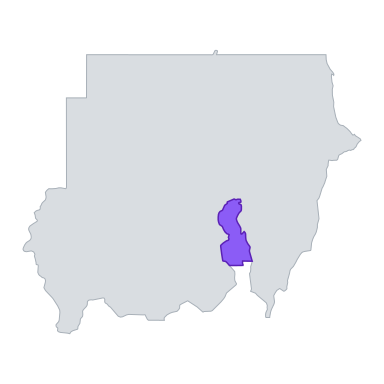 location of White Nile within Sudan
{"feature_id": "SDN-879", "entity_name": "White Nile", "entity_type": "State", "adm_level": 1, "iso_a3": "SDN", "parent_name": "Sudan", "parent_adm1": "", "projection": "mercator", "projection_center": [32.247, 13.605], "detail": "fine", "context": "in_parent", "style": "filled", "palette": "violet", "viewbox_px": 384, "rotation_deg": 0, "n_neighbors": 0, "source": "natural_earth", "source_scale": "10m", "svg_char_len": 5549}
<svg xmlns="http://www.w3.org/2000/svg" viewBox="0 0 384 384"><path d="M269.7,317.5L266.0,317.5L265.6,316.6L265.6,314.1L266.0,312.3L267.4,309.3L267.1,307.7L267.3,305.4L266.3,302.8L257.3,295.3L255.5,293.2L250.6,291.3L251.5,289.1L249.5,273.6L250.5,271.8L250.8,269.1L250.7,266.7L251.9,262.7L252.0,261.0L242.4,260.9L242.3,262.6L242.7,264.5L242.7,265.3L229.3,265.4L234.7,271.5L234.9,274.1L234.6,277.5L234.7,279.6L235.0,281.0L236.5,283.7L236.4,284.2L236.0,284.9L226.5,293.0L225.0,296.7L223.7,298.7L220.9,302.0L212.3,310.6L210.9,311.2L204.3,311.5L203.6,311.7L203.1,312.1L202.8,312.0L197.2,307.0L187.7,300.8L181.4,304.0L179.7,305.2L179.6,308.1L178.7,309.6L177.0,311.3L172.4,312.3L170.0,313.2L167.1,314.8L164.3,317.6L164.1,319.0L164.4,320.3L148.3,320.2L147.3,319.2L145.0,314.7L143.3,314.9L128.7,314.4L126.6,314.9L122.5,316.8L120.4,317.1L118.2,316.2L110.5,307.2L108.8,306.1L107.1,304.0L105.5,303.1L104.9,302.4L104.7,301.4L104.8,299.4L104.2,298.2L103.0,297.9L92.7,300.0L91.2,299.8L89.1,300.1L88.3,300.5L87.4,301.7L87.3,304.2L87.0,305.4L86.2,306.7L83.3,309.8L82.6,311.1L82.8,314.5L82.6,316.2L82.1,317.0L80.9,318.3L80.4,319.0L79.9,323.3L78.3,325.9L77.9,326.8L77.8,328.7L77.5,329.2L72.9,330.7L71.1,331.7L70.1,333.1L69.8,333.7L67.8,333.2L65.3,332.9L60.4,332.4L58.4,331.7L57.5,330.7L57.8,328.1L57.3,327.5L56.5,327.1L56.0,325.9L56.1,324.6L58.7,321.6L59.2,320.0L59.9,312.4L59.7,310.1L57.7,305.9L53.0,298.6L51.8,297.2L46.0,291.1L45.3,290.2L43.9,287.7L45.4,282.1L45.5,280.6L45.1,279.0L43.7,277.8L42.3,277.6L40.6,276.1L39.5,275.5L38.5,274.1L37.8,272.3L38.3,265.7L37.9,264.8L36.4,264.6L36.1,264.1L36.1,262.8L35.3,259.1L34.4,256.0L34.9,254.2L33.7,251.9L31.3,250.9L26.6,251.7L25.1,251.5L24.1,251.1L23.4,250.2L23.0,249.2L23.4,247.7L24.7,244.9L26.4,242.5L29.7,240.4L30.6,239.3L31.2,238.1L31.2,236.6L31.0,235.1L30.6,233.7L29.6,231.9L28.7,229.8L28.7,228.3L29.1,227.3L30.0,226.0L33.4,223.6L36.8,221.5L37.4,220.8L37.2,220.0L35.6,218.3L35.1,215.0L34.2,212.7L36.0,211.0L37.3,210.4L39.3,209.9L40.1,209.2L40.3,207.8L40.2,206.5L41.0,205.5L41.9,203.4L42.7,202.4L45.3,200.0L45.9,198.4L46.1,196.9L45.4,192.3L46.9,190.3L48.8,188.7L51.6,188.8L55.9,188.5L58.9,187.8L60.9,187.8L65.7,188.7L66.2,188.3L66.5,187.1L66.4,97.9L86.3,97.9L86.5,97.7L86.6,54.7L212.0,54.8L213.0,54.6L215.0,50.6L215.8,50.3L217.1,50.5L217.5,51.4L216.5,54.7L326.0,54.7L326.2,59.7L327.1,63.6L330.2,69.3L332.8,72.3L333.8,73.9L333.9,74.7L333.7,75.4L332.9,74.6L331.6,74.1L331.4,76.7L332.0,82.1L333.1,85.8L332.3,89.3L332.4,95.2L333.8,102.2L333.6,106.7L335.8,117.2L338.0,123.0L339.3,124.4L340.6,125.2L343.2,125.6L347.1,128.6L350.2,131.7L351.3,133.3L352.8,135.1L353.8,134.8L354.4,134.3L355.4,135.7L360.2,138.8L361.0,140.3L359.2,141.7L357.2,144.1L356.2,146.4L355.7,147.1L354.1,148.5L353.8,149.2L353.1,149.6L352.3,149.6L350.7,150.4L349.2,150.1L347.7,150.6L347.1,151.1L345.9,151.6L344.3,151.8L341.8,153.7L339.6,154.7L338.8,155.4L337.7,159.2L336.8,160.2L333.6,160.3L332.0,160.6L329.8,160.2L328.7,160.2L328.5,161.1L328.1,164.3L328.1,165.7L326.3,169.4L326.8,176.3L325.1,181.4L324.8,182.6L323.0,186.7L322.1,188.2L319.8,195.8L318.9,198.2L317.0,200.6L319.0,218.8L317.4,224.4L317.4,227.4L316.3,231.9L315.4,234.0L313.9,236.5L312.7,239.3L311.6,242.9L310.9,249.9L310.6,250.5L304.8,251.4L303.0,251.9L301.8,252.6L300.3,254.4L297.3,259.3L295.8,262.3L293.4,266.4L290.6,269.3L290.0,270.7L289.5,273.3L288.4,277.4L287.5,280.4L287.7,282.7L286.8,286.8L286.9,288.8L285.9,289.9L284.6,291.0L283.7,291.2L279.7,288.5L276.8,290.4L275.1,293.0L273.7,295.7L274.5,301.4L274.4,302.6L274.0,304.0L271.4,309.5L270.6,312.0L269.8,316.5L269.7,317.5Z" fill="#d9dde1" stroke="#a8b0b8" stroke-width="1"/><path d="M252.2,261.2L242.6,261.0L242.6,261.4L242.6,261.5L242.6,261.8L242.5,262.2L242.5,262.5L242.5,262.8L242.6,263.7L242.9,264.4L242.9,264.7L243.0,264.9L242.9,265.4L236.2,265.5L229.5,265.5L226.4,262.0L225.2,261.3L223.5,261.1L223.2,261.0L222.9,260.9L222.8,260.7L222.7,260.3L221.6,253.3L220.7,246.4L220.7,245.6L220.8,245.4L221.2,244.9L223.2,243.1L226.4,240.9L228.2,240.3L228.3,240.2L228.7,239.7L228.8,239.4L228.9,239.1L228.9,238.9L228.8,238.4L228.5,237.7L228.4,237.5L228.4,237.2L228.5,236.9L229.0,235.1L229.1,234.8L229.1,234.7L228.9,234.5L228.5,234.3L228.4,234.2L227.3,233.9L226.9,233.7L226.7,233.6L226.2,233.1L226.0,232.8L225.4,232.3L224.9,231.7L223.6,229.5L222.4,226.7L222.2,226.4L222.0,226.2L221.6,226.0L220.7,225.3L220.0,224.9L219.6,224.6L219.5,224.4L219.4,224.3L219.3,224.0L219.2,223.6L218.8,222.8L218.5,221.7L218.2,219.9L218.2,217.0L218.5,214.3L218.6,214.1L219.0,212.9L219.8,211.8L220.1,211.5L220.2,211.4L221.0,211.0L221.6,210.7L222.1,210.5L222.2,210.4L222.4,210.2L222.6,210.0L224.7,205.3L224.8,205.2L227.2,203.5L227.3,203.4L227.3,203.2L227.2,203.0L227.2,202.6L227.2,202.2L227.4,201.9L227.6,201.8L234.1,199.0L234.4,199.2L235.9,199.7L236.1,199.7L236.3,199.6L236.9,199.5L237.3,199.3L238.0,199.2L240.3,199.3L240.8,200.7L240.9,201.2L240.9,201.7L240.8,202.2L240.5,202.4L240.1,202.5L239.7,202.4L239.2,202.5L238.9,202.6L238.7,202.9L238.7,203.4L239.0,203.8L239.3,204.1L240.7,204.6L240.9,204.7L241.1,204.9L241.2,205.3L241.4,206.1L241.4,209.3L241.3,210.1L241.1,210.7L240.6,211.4L240.0,211.9L238.8,213.3L237.6,215.5L236.6,217.8L236.4,218.3L236.4,218.7L236.4,219.1L236.5,219.7L237.0,221.3L237.8,223.0L239.6,225.9L240.6,227.9L240.8,228.8L240.8,229.5L240.8,233.0L240.9,233.7L241.2,234.0L241.7,234.0L242.2,233.7L244.1,231.6L244.8,232.3L245.0,232.6L245.3,233.1L245.5,233.6L245.6,234.4L245.7,237.6L245.9,239.5L246.2,240.7L247.7,243.6L249.8,246.5L250.0,247.2L250.0,247.8L249.6,249.5L249.4,250.6L249.5,251.8L252.2,261.2Z" fill="#8b5cf6" stroke="#5b21b6" stroke-width="1.5"/></svg>